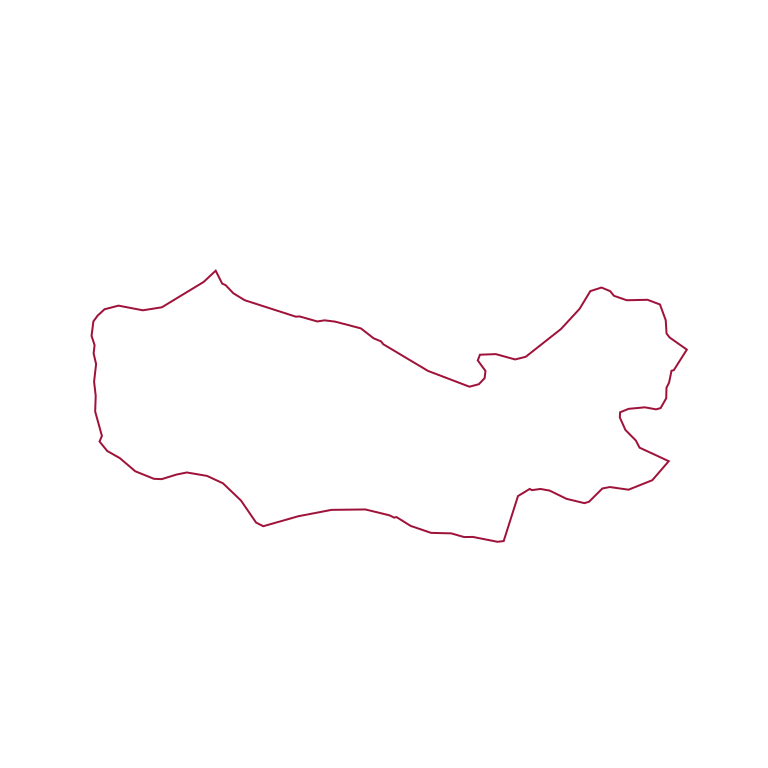 Patzicía, Chimaltenango, Guatemala, rotated 112°
{"feature_id": "79465075B67566663524639", "entity_name": "Patzicía", "entity_type": "district", "adm_level": 2, "iso_a3": "GTM", "parent_name": "Guatemala", "parent_adm1": "Chimaltenango", "projection": "equal_earth", "projection_center": [-90.946, 14.636], "detail": "fine", "context": "isolated", "style": "outline", "palette": "rose", "viewbox_px": 768, "rotation_deg": 112, "n_neighbors": 0, "source": "geoboundaries", "source_scale": "gbopen_adm2", "svg_char_len": 1436}
<svg xmlns="http://www.w3.org/2000/svg" viewBox="0 0 768 768"><g transform="rotate(112 384 384)"><path d="M543.9,626.2L549.8,615.5L551.7,601.1L558.1,582.0L558.1,561.8L555.5,554.5L545.8,542.6L539.9,533.7L535.5,513.6L536.4,496.1L545.6,473.0L560.4,450.7L561.1,442.7L538.7,413.9L520.4,385.6L507.3,354.3L503.7,329.6L504.1,324.5L502.7,322.6L505.6,306.1L504.4,284.6L497.3,265.7L495.9,252.4L492.5,244.3L487.8,219.7L484.8,214.2L437.7,217.8L426.7,209.6L427.0,207.1L422.7,199.6L420.8,190.5L422.1,171.8L419.4,153.6L416.4,149.8L399.1,142.4L395.0,136.2L390.4,117.7L372.7,99.2L348.9,91.1L347.3,123.2L342.0,129.4L336.2,142.9L326.7,152.8L321.8,154.5L315.4,147.9L307.9,133.4L305.6,122.3L302.7,118.5L291.5,117.0L281.6,120.7L275.9,120.2L264.0,122.4L262.6,120.5L238.7,116.1L233.9,136.5L231.4,140.9L219.3,146.7L206.9,157.9L207.2,171.2L215.4,190.3L216.1,203.8L213.2,209.1L213.1,218.5L220.6,227.5L241.0,230.8L266.7,240.5L305.7,262.8L312.1,271.6L314.4,291.5L320.9,306.0L327.0,305.9L333.9,294.8L340.9,292.9L348.7,296.0L354.5,303.8L355.4,348.1L347.4,399.6L345.6,402.7L345.5,410.8L341.1,426.3L344.5,452.7L347.2,462.9L351.0,469.3L353.0,487.7L354.6,490.9L358.5,544.6L356.3,557.7L351.7,567.8L351.5,571.7L342.0,582.5L357.0,589.5L396.1,618.7L406.0,635.2L410.8,659.5L419.4,671.1L427.8,675.1L434.8,676.9L448.9,673.2L456.4,666.9L464.4,664.7L473.4,658.4L490.4,653.7L502.9,646.9L517.7,641.5L537.8,626.1L543.9,626.2Z" fill="none" stroke="#9f1239" stroke-width="2"/></g></svg>